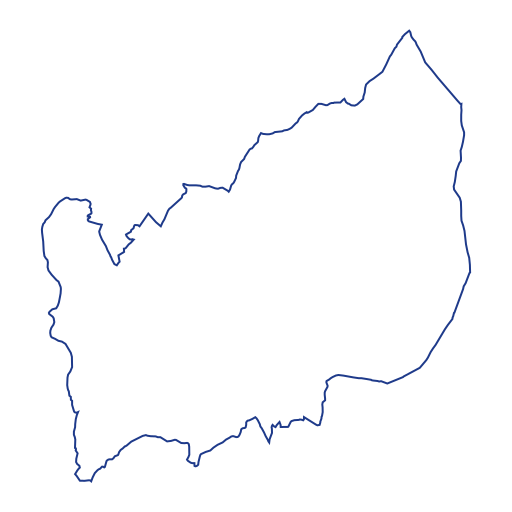 Simijaca, Cundinamarca, Colombia (Natural Earth projection)
{"feature_id": "7082276B8472731390370", "entity_name": "Simijaca", "entity_type": "district", "adm_level": 2, "iso_a3": "COL", "parent_name": "Colombia", "parent_adm1": "Cundinamarca", "projection": "natural_earth1", "projection_center": [-73.855, 5.515], "detail": "fine", "context": "isolated", "style": "outline", "palette": "blue", "viewbox_px": 512, "rotation_deg": 0, "n_neighbors": 0, "source": "geoboundaries", "source_scale": "gbopen_adm2", "svg_char_len": 5965}
<svg xmlns="http://www.w3.org/2000/svg" viewBox="0 0 512 512"><path d="M461.4,103.9L460.8,104.1L460.4,103.9L457.4,100.6L437.6,77.5L431.8,70.1L425.2,62.4L420.7,51.6L416.6,44.6L415.8,42.4L415.2,41.3L413.6,39.7L411.8,37.3L411.2,36.0L410.3,32.2L409.2,30.7L405.0,34.1L403.2,36.0L402.3,37.0L402.3,37.8L397.0,44.6L396.4,46.7L394.8,48.2L391.2,54.8L389.9,56.4L386.2,64.5L382.4,71.8L373.5,78.6L369.6,81.1L366.1,84.5L365.2,87.9L364.7,92.5L363.4,96.6L363.2,99.0L357.3,104.4L354.8,105.6L351.3,105.3L348.8,103.7L348.1,103.7L346.1,102.2L344.4,98.8L343.0,99.8L340.4,102.5L334.2,102.6L333.5,103.0L331.6,103.0L330.0,103.5L327.4,105.1L325.9,105.2L321.5,103.9L318.3,103.9L315.5,106.8L312.8,110.0L308.4,112.5L307.1,112.8L306.7,112.2L304.5,113.5L302.0,115.5L299.0,118.9L297.8,121.5L297.0,122.5L295.7,123.4L291.6,127.7L289.6,128.9L287.4,129.9L284.1,130.4L282.2,131.3L274.8,132.1L272.7,133.4L269.5,134.2L267.1,134.3L263.0,133.9L261.0,133.1L259.2,136.0L258.4,138.0L258.1,140.9L257.7,142.2L254.4,145.1L253.4,146.7L252.0,148.4L250.8,148.7L249.6,149.5L244.9,156.8L244.1,159.0L241.1,162.0L240.1,164.4L239.4,168.1L238.9,169.6L238.0,171.0L236.2,175.6L236.0,178.0L234.1,182.0L233.3,183.2L231.9,184.4L231.2,185.5L230.0,189.6L228.7,191.7L227.8,190.8L222.6,187.7L220.3,187.9L218.1,188.7L217.4,188.7L215.1,188.3L209.1,186.1L205.3,186.7L202.5,186.7L200.2,185.7L195.7,185.3L189.1,185.3L187.2,185.0L184.0,183.9L183.4,184.0L183.3,185.2L184.4,187.0L184.9,187.8L186.1,188.5L186.4,189.0L186.3,191.6L185.7,193.1L183.3,194.3L182.7,194.9L182.2,195.7L181.9,197.5L181.3,198.2L170.8,207.7L169.4,208.7L168.0,210.7L164.4,219.3L162.5,222.5L160.8,226.3L156.0,222.2L148.3,213.6L139.5,226.3L138.0,225.2L135.2,225.0L134.6,225.2L134.1,226.1L133.5,228.3L131.2,230.1L130.9,231.7L126.0,234.5L126.4,235.8L127.8,237.6L129.7,239.3L131.5,239.5L132.3,239.2L133.7,239.6L130.9,242.7L128.7,244.4L125.8,248.0L124.8,248.6L123.9,248.7L124.1,251.9L118.4,255.4L119.6,261.7L118.5,262.8L116.8,265.3L114.4,264.1L112.0,259.6L111.1,257.1L110.6,256.6L110.0,254.8L107.5,250.2L105.9,246.1L102.0,239.6L100.0,234.9L99.2,231.7L99.3,231.1L101.8,224.7L97.6,223.9L89.0,221.4L88.3,220.9L87.8,220.0L87.8,219.2L90.1,217.3L90.0,216.8L87.7,216.5L87.7,215.8L88.2,215.2L91.1,213.7L91.5,213.1L91.4,211.6L90.9,210.2L91.1,208.7L89.5,207.3L90.5,204.6L90.6,203.8L89.9,201.9L86.6,199.9L85.5,199.6L80.7,200.6L76.8,199.1L71.9,199.5L70.7,199.4L69.7,199.1L68.2,197.9L66.4,197.7L65.2,198.1L63.8,199.0L60.1,201.4L58.7,202.6L55.2,206.8L53.7,209.0L51.1,214.2L49.0,217.1L45.5,220.3L44.7,222.3L43.2,224.0L42.3,226.9L41.9,229.5L42.1,232.8L43.2,241.5L43.7,251.0L44.4,256.0L45.8,258.3L47.4,260.0L47.9,262.3L47.6,267.2L48.5,270.5L51.6,274.7L56.5,280.1L58.5,281.6L60.7,287.1L60.9,289.0L60.6,293.4L59.9,297.3L58.9,302.4L57.8,305.6L56.2,308.3L52.3,309.3L49.5,311.8L48.9,312.9L49.2,314.0L52.7,316.7L53.7,318.3L54.3,322.1L53.5,324.6L51.4,327.7L50.4,330.6L50.2,332.9L50.7,335.8L51.6,337.3L55.0,338.8L58.4,340.8L61.9,341.6L65.5,343.9L70.8,352.8L71.9,356.8L72.1,367.1L70.3,371.5L68.1,374.6L67.5,377.6L67.2,385.1L67.7,388.5L68.2,390.2L68.8,391.3L69.4,395.7L70.8,396.8L70.9,399.8L72.1,400.8L72.1,404.9L74.0,411.2L74.6,412.2L75.4,412.5L76.7,412.7L78.0,412.1L76.8,415.2L75.8,419.1L75.2,424.1L75.1,427.2L73.9,431.6L73.9,434.8L74.8,437.1L75.3,439.5L75.0,447.9L75.6,448.1L76.0,449.0L75.7,450.5L77.6,453.3L76.3,458.7L76.1,462.0L77.1,463.9L79.4,465.8L79.8,467.6L78.6,468.8L77.3,470.5L75.1,474.1L76.7,476.0L79.9,480.7L84.7,480.8L88.7,480.3L90.2,480.4L91.2,481.3L92.7,477.3L94.8,473.1L97.5,470.2L98.7,469.3L100.0,468.8L102.0,466.7L103.0,466.7L104.2,467.4L104.9,466.9L106.5,461.1L107.1,460.4L108.3,459.6L109.5,459.3L112.1,459.3L113.4,458.3L114.8,456.3L117.9,455.1L118.3,454.5L119.1,452.1L120.7,449.9L122.8,448.4L124.8,446.4L125.2,446.4L126.6,445.6L131.3,441.6L142.7,435.9L145.9,435.1L147.4,435.7L150.5,436.2L155.7,436.4L157.8,437.2L160.4,437.2L167.1,441.4L171.1,440.9L174.7,439.8L176.0,439.9L181.2,443.0L184.3,443.2L187.1,442.9L188.1,443.3L188.8,444.2L189.2,446.8L189.3,454.8L188.4,457.1L187.0,459.6L187.9,460.8L190.7,462.7L192.1,463.1L194.4,463.1L194.5,465.9L195.3,466.3L196.4,466.1L197.3,465.6L198.2,464.7L198.5,462.0L199.7,457.0L200.3,455.0L201.0,454.1L205.8,451.9L210.3,450.5L213.5,447.6L217.6,444.8L222.7,442.4L226.0,439.6L229.7,437.6L230.9,436.7L232.3,436.2L233.5,436.2L236.2,437.1L237.6,437.0L238.6,436.3L239.6,434.7L240.7,432.0L241.2,429.5L241.6,428.9L242.9,428.2L244.7,428.0L245.6,427.4L246.2,424.9L246.2,422.5L246.8,421.4L247.8,420.6L249.1,420.4L252.4,418.9L255.3,417.2L256.5,418.3L257.8,420.2L259.8,424.2L260.4,426.5L261.7,428.2L264.1,432.6L265.6,436.0L267.8,439.9L268.4,441.4L269.2,442.5L269.6,439.3L272.0,432.9L271.9,428.8L271.6,427.4L271.9,426.0L272.6,424.9L274.1,426.4L275.5,427.1L276.8,425.0L279.5,422.0L280.6,425.0L280.7,427.0L288.0,426.9L288.3,426.7L290.7,421.9L291.5,421.1L294.3,420.2L298.9,419.9L299.8,419.5L301.5,419.7L303.2,420.3L303.9,419.3L304.0,417.1L316.1,424.7L317.4,425.3L319.6,424.9L320.3,422.6L320.3,421.7L321.4,418.7L321.6,416.7L322.0,416.0L322.7,412.1L322.6,407.4L322.3,404.5L322.7,402.3L325.1,400.3L325.1,398.6L324.7,394.8L324.7,392.6L325.1,391.2L327.5,386.8L327.6,385.7L326.4,382.5L326.4,381.7L326.6,381.0L329.2,379.5L330.6,378.3L332.5,377.1L335.9,375.5L338.4,375.0L343.4,375.6L353.4,377.4L358.8,378.2L361.4,378.2L366.5,379.0L371.1,379.8L371.6,380.2L373.0,380.5L377.5,381.0L379.2,381.5L381.1,381.2L387.3,383.5L403.0,377.1L403.6,376.5L419.8,367.8L426.3,360.1L427.9,357.6L430.7,352.0L433.1,348.3L435.6,344.9L444.9,329.3L447.9,324.9L452.4,319.0L452.6,317.5L453.2,316.2L454.0,312.9L454.4,312.7L463.1,289.0L463.7,286.3L465.6,283.2L469.5,273.0L470.1,272.5L469.9,264.9L469.2,257.8L467.6,252.3L466.0,244.3L464.5,230.9L463.1,225.3L461.5,220.7L461.2,215.9L461.2,210.7L460.9,201.7L459.7,197.7L454.1,189.6L453.7,186.4L454.8,182.0L455.7,176.0L456.2,171.4L459.3,163.2L460.9,160.9L461.0,157.9L460.6,150.6L461.8,146.9L463.0,141.7L464.1,135.2L464.1,132.3L461.8,125.4L461.2,121.0L461.2,114.8L461.5,110.2L461.2,107.0L461.4,103.9Z" fill="none" stroke="#1e3a8a" stroke-width="2"/></svg>